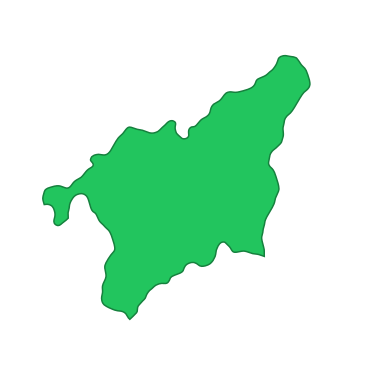 outline of Pedro Brand, Santo Domingo, Dominican Republic, rotated 73°
{"feature_id": "3306468B67900396339745", "entity_name": "Pedro Brand", "entity_type": "district", "adm_level": 2, "iso_a3": "DOM", "parent_name": "Dominican Republic", "parent_adm1": "Santo Domingo", "projection": "robinson", "projection_center": [-70.09, 18.624], "detail": "fine", "context": "isolated", "style": "filled", "palette": "green", "viewbox_px": 384, "rotation_deg": 73, "n_neighbors": 0, "source": "geoboundaries", "source_scale": "gbopen_adm2", "svg_char_len": 5271}
<svg xmlns="http://www.w3.org/2000/svg" viewBox="0 0 384 384"><g transform="rotate(73 192 192)"><path d="M94.4,52.9L93.4,54.1L92.5,55.4L91.0,58.6L89.1,62.3L88.8,63.1L88.4,64.9L88.4,66.6L88.4,67.5L88.9,69.1L89.3,69.8L89.8,70.4L92.3,72.2L94.4,73.9L96.3,76.0L98.0,78.3L98.9,79.9L99.9,82.5L101.4,85.6L102.0,87.2L102.4,89.0L103.0,94.4L103.3,96.1L103.6,96.8L104.0,97.5L104.5,98.1L106.8,99.9L107.9,101.0L108.8,102.3L109.5,104.0L109.9,105.8L110.2,108.7L110.2,113.6L110.0,117.5L109.8,119.5L109.4,121.3L108.8,122.9L107.8,125.1L107.3,126.7L107.1,128.4L107.3,130.2L107.7,131.1L108.6,132.7L111.3,136.4L112.3,138.0L113.0,139.7L114.2,145.0L114.5,145.9L115.4,147.3L115.9,148.0L117.1,149.1L118.4,150.0L120.5,151.2L121.8,152.2L122.9,153.4L123.7,154.9L124.3,156.6L125.0,160.1L125.5,161.9L126.4,163.6L129.3,168.1L130.0,169.6L130.1,171.0L129.7,173.4L129.8,174.1L130.3,175.4L131.2,176.5L132.4,177.3L133.8,177.8L136.7,178.5L137.3,178.8L137.9,179.2L138.4,179.9L138.8,180.6L139.1,182.2L138.9,183.9L138.6,184.7L138.2,185.4L137.7,186.0L133.8,188.4L131.6,189.5L130.8,189.7L129.0,189.8L126.5,189.6L124.9,189.1L122.5,187.9L121.8,187.7L121.2,187.6L120.5,187.7L119.8,188.0L118.7,189.0L118.2,189.7L117.9,190.4L117.7,191.3L117.6,192.2L117.9,193.9L118.5,195.4L120.1,198.3L121.6,201.6L123.2,204.6L123.9,206.2L124.2,207.1L124.4,208.9L124.4,210.8L124.3,211.8L123.8,213.6L123.0,215.3L118.5,221.3L116.0,226.1L112.4,231.2L111.7,232.7L111.6,233.6L111.7,234.5L112.0,235.3L112.8,236.8L115.9,241.1L117.9,245.2L118.9,246.9L121.3,249.9L128.6,257.7L129.7,259.2L130.6,260.9L130.9,261.8L131.1,262.7L131.1,264.5L130.6,266.1L128.9,269.8L128.6,270.6L128.3,272.4L128.2,274.3L128.3,275.2L128.8,276.9L129.1,277.7L130.2,278.8L131.4,279.6L132.1,279.7L132.7,279.6L134.8,278.7L136.0,278.4L136.7,278.4L137.3,278.6L137.9,278.9L138.4,279.5L139.0,280.8L139.8,284.0L140.5,285.7L141.4,287.3L144.6,292.0L145.5,293.7L146.0,295.5L146.8,299.1L147.4,300.9L148.2,302.5L150.8,306.1L151.6,307.6L151.8,308.4L151.9,309.2L151.8,310.1L151.6,310.9L150.7,312.3L148.6,315.1L147.6,316.6L147.2,317.5L146.6,319.3L146.2,322.1L146.1,326.0L146.2,328.8L146.6,330.5L146.9,331.3L147.3,332.0L148.5,333.1L152.4,335.6L153.9,336.3L154.7,336.6L156.4,336.9L160.8,337.0L161.3,334.4L161.6,333.6L162.4,332.1L163.5,330.9L164.2,330.3L164.9,329.9L166.6,329.3L168.3,329.1L170.0,329.1L171.8,329.2L173.5,329.6L175.1,330.2L178.5,332.2L179.9,332.7L181.5,332.8L182.3,332.6L183.6,331.8L184.6,330.6L184.9,329.9L185.0,329.1L185.0,328.3L184.6,326.9L183.7,324.8L182.1,320.6L180.8,318.0L175.7,316.6L171.5,314.2L168.4,312.8L166.8,311.7L165.4,310.5L164.1,309.1L162.9,307.7L161.8,306.0L161.1,304.2L160.8,302.4L160.8,300.5L161.1,298.6L161.4,297.7L162.3,296.2L163.5,295.0L164.9,294.1L165.8,293.8L167.6,293.4L170.3,293.3L176.9,293.4L178.7,293.3L180.3,293.0L181.7,292.4L183.8,290.8L185.2,290.2L186.9,289.9L191.4,289.3L193.2,288.8L194.7,288.1L197.5,286.5L200.6,285.0L204.1,283.0L205.8,282.4L206.8,282.2L209.8,281.8L213.9,281.7L219.0,281.7L222.0,282.0L223.7,282.4L224.5,282.8L225.3,283.3L226.2,284.4L228.5,288.0L231.4,291.6L234.6,295.0L236.8,296.7L237.6,297.1L239.2,297.6L245.3,298.3L247.0,298.7L247.8,299.0L249.9,300.3L253.7,303.7L255.8,305.1L257.4,305.7L260.7,306.5L262.3,307.1L265.8,309.0L267.4,309.6L269.1,309.9L270.8,310.0L272.5,309.7L274.2,309.0L276.3,307.3L278.2,305.4L280.7,302.5L282.4,300.3L283.8,297.9L285.2,294.7L286.1,293.3L287.2,292.1L288.5,291.2L289.3,290.8L293.9,289.6L295.6,288.7L293.6,284.7L291.2,280.3L290.1,279.3L286.8,277.9L285.6,277.1L284.7,275.9L281.8,271.1L280.7,269.0L279.8,267.7L276.8,265.3L275.2,263.5L273.8,261.4L272.8,258.9L271.3,255.8L270.7,254.2L270.5,253.3L270.2,250.5L270.5,247.8L271.7,244.2L271.8,243.5L271.8,242.8L271.7,242.1L271.4,241.4L270.6,240.3L269.7,239.3L268.1,238.0L267.6,237.4L266.9,235.9L266.5,233.2L266.1,227.3L265.7,225.5L265.4,224.7L265.0,224.0L264.5,223.4L262.2,221.6L260.6,219.9L259.8,218.4L259.5,217.5L259.2,215.7L259.2,213.9L259.3,212.9L259.8,211.2L260.2,210.4L261.7,208.6L264.6,206.4L265.1,205.8L265.9,204.4L266.3,202.7L266.5,200.9L266.4,198.1L266.0,196.2L265.7,195.3L264.8,193.6L263.7,192.0L261.7,190.0L260.3,188.7L258.7,187.7L254.8,185.8L253.4,184.7L251.3,182.9L249.6,180.8L248.9,179.1L248.8,178.3L248.8,177.4L249.0,176.6L249.3,175.8L249.8,175.2L250.4,174.8L255.0,172.3L256.5,171.7L258.7,171.2L260.2,170.7L260.8,170.4L261.4,169.9L261.9,169.2L262.2,168.5L262.6,166.9L263.2,161.6L263.6,159.8L264.0,158.9L264.9,157.3L268.7,151.9L270.6,147.7L271.4,146.3L274.7,141.7L272.6,141.1L269.7,140.2L268.0,139.8L265.4,139.6L259.1,139.3L256.5,138.9L255.0,138.3L251.5,136.2L248.4,134.8L244.2,132.2L241.2,130.7L239.7,129.6L237.6,127.7L230.3,119.8L227.5,117.2L226.0,116.1L222.3,114.0L216.7,109.2L215.1,108.2L214.3,107.9L211.6,107.4L208.8,107.2L202.1,107.2L197.5,107.4L194.8,107.9L193.2,108.5L190.5,110.0L189.0,110.4L188.2,110.5L187.3,110.5L185.8,110.0L179.4,106.6L178.1,105.5L176.5,103.5L175.7,102.0L174.4,98.7L171.8,93.6L170.9,92.3L170.3,91.7L165.7,88.7L164.3,88.0L162.6,87.5L158.4,86.6L156.8,86.0L153.3,84.0L150.3,82.5L149.7,82.0L148.5,80.9L147.0,78.8L145.2,74.8L143.6,72.4L141.2,69.5L134.0,61.6L131.5,58.7L130.4,57.2L129.4,55.7L128.0,52.4L127.2,50.9L126.2,49.6L125.6,49.0L124.2,48.1L123.4,47.7L121.7,47.3L119.1,47.0L113.7,47.0L109.2,47.3L106.7,48.0L103.1,49.9L101.6,50.5L97.5,51.7L94.4,52.9Z" fill="#22c55e" stroke="#15803d" stroke-width="1.5"/></g></svg>